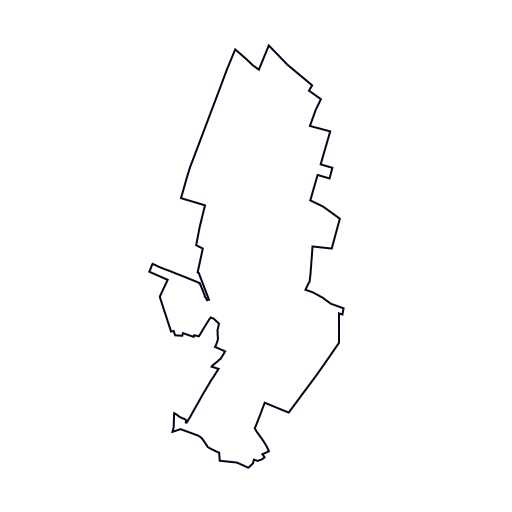 Tetiz, Yucatán, Mexico (Natural Earth projection), rotated 103°
{"feature_id": "50627088B31181916661146", "entity_name": "Tetiz", "entity_type": "district", "adm_level": 2, "iso_a3": "MEX", "parent_name": "Mexico", "parent_adm1": "Yucatán", "projection": "natural_earth1", "projection_center": [-89.981, 20.956], "detail": "fine", "context": "isolated", "style": "outline", "palette": "ink", "viewbox_px": 512, "rotation_deg": 103, "n_neighbors": 0, "source": "geoboundaries", "source_scale": "gbopen_adm2", "svg_char_len": 3130}
<svg xmlns="http://www.w3.org/2000/svg" viewBox="0 0 512 512"><g transform="rotate(103 256 256)"><path d="M444.0,272.1L444.7,270.0L445.7,268.0L446.0,267.5L449.5,263.6L453.0,260.0L453.8,257.6L454.5,254.6L455.4,250.7L455.9,247.7L463.6,245.3L463.6,245.0L463.3,242.3L462.9,239.4L462.6,236.4L462.2,233.5L461.9,230.9L461.6,228.1L462.2,224.9L462.8,221.8L463.5,218.5L464.0,216.2L464.0,215.8L458.9,212.4L454.9,212.2L455.3,208.5L453.7,205.8L453.0,204.8L452.9,204.7L452.2,204.0L451.4,203.2L450.1,202.4L450.0,202.5L447.7,205.2L446.5,203.6L445.7,202.5L445.1,201.8L444.9,201.6L444.4,200.8L443.9,200.3L443.3,199.5L439.2,202.7L434.4,207.4L427.1,215.7L424.3,218.4L424.2,218.4L417.5,217.3L414.2,216.9L411.9,216.5L411.0,216.4L407.8,215.9L404.6,215.6L401.6,215.1L398.5,214.7L397.0,214.5L400.1,195.9L401.2,188.9L398.7,187.8L382.0,180.5L380.7,180.0L377.8,178.7L373.7,176.9L373.3,176.7L369.4,175.0L358.4,170.2L345.6,165.0L322.0,155.6L312.3,157.8L296.9,161.4L293.2,162.2L293.6,158.6L287.3,158.9L285.7,172.3L282.2,180.4L281.7,181.4L278.6,192.6L278.2,196.4L277.8,200.2L271.5,198.9L269.2,198.0L261.7,198.8L238.7,202.3L237.8,202.5L234.0,203.1L232.1,187.1L231.7,183.9L200.8,182.7L193.8,199.3L192.7,202.0L189.6,215.6L163.2,214.2L163.9,201.8L152.9,201.4L152.2,213.6L126.7,212.2L117.9,211.7L117.2,232.7L99.6,230.6L88.6,228.0L83.0,241.6L77.1,239.7L62.5,268.5L48.0,290.9L73.8,295.1L71.0,301.8L65.8,310.7L59.4,322.7L80.8,326.3L98.5,328.6L121.7,331.7L122.4,331.8L134.0,333.4L163.1,337.3L174.7,338.9L175.4,339.0L176.2,339.1L184.2,340.2L194.9,341.0L202.9,341.4L209.4,341.7L216.5,342.1L218.1,317.1L240.3,317.4L259.0,316.7L260.7,309.5L285.1,309.2L285.2,308.1L309.2,292.0L310.1,293.8L308.0,295.5L307.0,296.9L305.8,297.2L295.8,304.2L295.6,305.0L295.0,305.0L294.5,307.8L289.8,338.2L289.3,342.5L288.1,349.8L287.9,350.3L286.9,355.0L288.5,355.4L290.3,355.6L290.5,355.6L295.3,356.4L296.0,353.0L299.1,336.7L317.2,340.6L318.6,339.9L320.7,338.6L330.7,332.7L331.0,332.4L333.3,331.0L337.9,328.3L338.5,327.9L340.2,326.9L342.3,325.6L348.7,321.8L347.6,319.4L350.0,317.9L351.5,316.9L351.2,315.2L350.3,309.9L347.6,309.8L348.8,298.6L347.2,298.5L347.1,293.6L344.2,292.6L341.5,291.7L339.2,291.0L333.4,289.1L330.6,288.1L329.3,287.7L326.1,286.3L326.6,283.1L330.2,276.9L333.2,276.8L336.5,276.8L337.6,276.8L338.8,276.2L340.9,275.8L344.9,274.5L346.2,274.4L347.7,274.5L348.6,274.6L350.6,274.8L351.4,274.9L351.7,275.0L352.6,275.2L353.8,275.5L354.1,273.8L355.9,264.6L364.2,267.4L364.7,267.9L365.6,268.6L366.7,269.4L367.3,269.7L369.6,271.5L370.2,272.0L370.4,272.2L371.0,272.6L371.6,273.1L371.8,273.3L372.2,273.6L372.5,273.8L373.0,274.0L373.4,274.2L373.9,274.3L373.9,273.2L374.4,267.1L383.5,270.3L387.4,271.9L388.8,272.3L391.6,273.1L398.1,275.2L401.4,276.3L406.8,277.9L409.4,278.6L410.7,279.0L413.1,279.7L414.2,280.1L415.9,280.6L417.7,281.1L423.9,282.9L427.1,283.8L429.5,284.6L434.0,286.1L434.0,287.0L431.8,287.0L430.9,289.0L430.9,289.6L430.6,291.2L430.4,292.3L429.8,294.7L429.5,295.3L428.8,296.6L427.5,300.3L429.6,300.2L430.1,299.9L431.9,299.6L438.3,298.3L441.4,297.7L446.1,297.8L444.0,294.3L441.7,290.7L442.6,283.2L443.6,275.4L444.0,272.1Z" fill="none" stroke="#020617" stroke-width="2"/></g></svg>